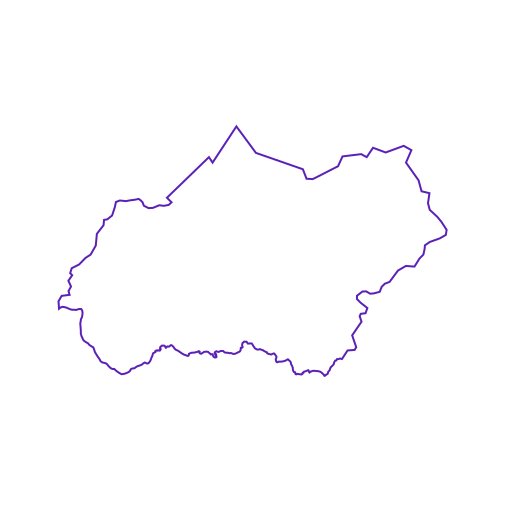 the district of Sarandí del Yí, Durazno, Uruguay, rotated 32°
{"feature_id": "84410073B30511027712587", "entity_name": "Sarandí del Yí", "entity_type": "district", "adm_level": 2, "iso_a3": "URY", "parent_name": "Uruguay", "parent_adm1": "Durazno", "projection": "mercator", "projection_center": [-55.569, -33.214], "detail": "fine", "context": "isolated", "style": "outline", "palette": "violet", "viewbox_px": 512, "rotation_deg": 32, "n_neighbors": 0, "source": "geoboundaries", "source_scale": "gbopen_adm2", "svg_char_len": 4997}
<svg xmlns="http://www.w3.org/2000/svg" viewBox="0 0 512 512"><g transform="rotate(32 256 256)"><path d="M116.9,405.1L117.5,403.3L118.7,401.7L120.6,400.9L122.6,400.2L124.5,400.0L126.8,399.6L128.6,399.0L130.5,397.8L131.9,397.2L133.0,395.9L134.3,394.5L135.9,393.6L137.4,394.3L138.7,395.6L139.9,397.8L140.9,400.3L141.0,402.3L142.0,404.4L142.7,406.3L144.2,408.3L146.2,411.0L147.3,412.6L148.6,414.7L150.6,416.5L152.2,417.5L153.7,418.6L155.4,419.1L157.5,419.2L159.7,419.0L161.5,419.7L163.2,419.8L164.8,419.8L166.4,419.7L168.1,420.9L170.1,422.7L172.0,423.7L174.0,424.7L175.8,425.5L177.8,426.3L180.0,427.6L182.1,427.7L183.9,427.1L185.3,426.6L187.2,426.7L189.2,427.5L191.1,427.9L192.7,428.1L194.4,427.8L195.6,426.9L197.1,427.2L198.3,427.4L199.8,427.6L200.7,427.6L202.8,427.6L204.6,427.5L206.4,426.1L207.8,424.4L209.3,422.3L210.0,420.5L209.9,419.1L210.0,417.8L210.9,416.8L212.4,415.6L213.2,413.5L214.0,412.1L215.4,410.5L215.7,410.1L216.6,408.9L217.3,406.8L218.0,405.4L218.9,405.1L220.1,405.1L221.3,404.4L221.8,403.0L221.9,400.8L221.6,399.1L221.2,397.5L221.1,396.0L220.3,393.2L220.4,392.7L220.7,392.3L221.0,391.9L221.6,390.7L221.5,390.4L221.3,390.4L221.1,390.2L221.1,389.6L221.4,389.4L222.0,388.5L222.7,388.4L223.0,387.8L223.6,387.7L224.0,387.6L224.6,387.1L224.7,386.7L224.6,386.2L224.5,385.4L224.2,385.2L224.0,385.3L223.7,385.4L223.3,384.6L223.1,383.6L223.6,382.6L223.6,382.0L224.0,381.7L225.5,380.7L226.8,380.8L227.3,381.2L227.9,381.5L228.2,381.6L228.4,381.4L228.4,380.7L228.5,380.2L228.7,379.7L229.3,379.5L230.1,379.1L230.6,378.0L231.0,376.8L231.7,376.4L232.8,376.5L234.3,376.9L236.0,377.7L237.8,378.0L239.6,377.7L241.5,377.7L243.0,377.8L245.1,377.9L247.0,377.8L249.3,377.3L251.2,376.9L251.6,376.0L251.0,374.5L251.5,373.6L252.6,372.2L255.0,370.5L257.3,368.1L257.8,367.1L258.5,366.9L259.0,367.1L259.0,367.8L259.4,368.1L260.5,368.3L261.3,367.9L262.0,366.6L262.8,364.8L264.3,363.6L266.0,362.7L268.5,363.1L269.9,363.4L270.6,362.5L271.6,362.6L272.3,363.3L273.3,363.9L274.5,364.0L275.6,363.4L276.0,362.7L275.7,362.2L274.9,362.0L274.6,361.8L274.6,361.5L274.8,361.1L274.6,360.9L274.1,360.6L273.8,360.3L273.5,360.3L273.2,360.8L273.1,360.7L272.6,360.6L272.3,360.2L272.2,359.1L272.5,358.4L272.8,357.8L273.6,357.7L275.1,357.2L276.1,355.7L277.2,354.7L278.5,354.0L280.4,354.4L282.1,353.8L283.3,353.0L285.0,352.5L286.1,351.6L287.5,351.3L288.9,351.0L290.4,349.6L291.6,347.6L292.8,345.7L292.9,344.9L292.8,343.9L292.5,343.3L291.9,342.2L291.8,341.9L292.0,341.8L292.5,341.5L293.0,340.6L292.8,340.1L291.9,339.6L291.2,338.5L290.7,337.0L291.0,336.3L291.2,335.1L291.6,334.7L292.1,334.5L293.2,334.0L293.3,333.8L293.9,333.9L294.3,334.1L295.0,334.3L295.4,334.6L296.0,334.3L297.2,333.4L298.0,332.8L298.7,332.5L299.7,332.8L301.3,333.7L302.7,334.2L304.0,334.9L304.6,334.9L306.5,334.7L307.5,334.2L308.7,332.9L309.9,332.7L311.8,332.2L313.1,332.3L314.9,332.1L315.5,332.1L316.2,331.9L316.9,332.5L318.5,332.4L319.6,332.0L321.1,331.5L321.7,330.5L322.8,329.1L323.7,329.2L326.6,330.4L327.2,331.6L327.4,333.0L328.2,333.9L329.0,334.7L329.9,335.0L330.3,334.9L331.1,333.6L332.1,333.1L333.9,331.8L335.3,330.5L336.5,329.1L337.4,327.2L337.9,326.7L339.3,327.0L340.9,327.3L341.9,327.8L343.0,329.1L344.7,330.0L346.3,331.2L347.8,333.2L349.6,334.3L350.7,333.9L351.3,334.3L352.1,335.2L352.9,335.0L353.3,334.2L354.9,333.5L357.3,332.4L357.8,331.7L357.5,331.1L357.5,330.5L357.9,330.2L358.1,330.0L357.8,329.4L357.9,328.8L358.2,328.5L359.8,326.7L360.4,325.6L360.9,325.1L361.4,325.3L362.8,326.4L363.1,326.5L363.9,324.6L365.1,323.3L366.2,322.5L367.9,321.7L370.0,320.6L371.9,320.1L372.8,320.1L373.8,320.2L375.9,320.7L376.5,320.7L376.9,321.0L377.3,321.3L377.7,321.3L377.9,321.0L378.2,320.4L378.3,319.5L378.8,318.9L379.2,317.7L378.6,315.8L379.0,314.0L378.8,313.0L378.3,311.0L378.9,308.6L379.2,307.3L379.2,306.2L378.8,305.4L378.6,304.1L378.6,302.8L379.4,302.1L379.3,300.6L380.5,299.8L381.5,298.5L383.5,297.8L383.7,287.6L389.4,283.4L389.3,280.2L383.1,275.2L379.6,272.3L380.3,255.8L375.8,252.1L375.5,249.5L379.2,246.5L378.0,241.1L369.6,240.2L364.4,239.0L362.7,236.2L365.1,229.7L368.2,227.6L372.7,227.5L375.5,225.5L379.9,220.8L378.9,215.6L379.9,211.3L383.0,207.2L384.1,193.1L388.4,185.0L396.0,181.0L396.0,171.4L397.2,166.1L395.4,161.0L393.6,157.4L396.0,151.9L402.5,143.7L405.8,137.5L403.8,132.8L395.2,128.8L389.0,126.7L378.9,124.8L373.9,120.1L369.8,110.8L362.1,113.4L353.8,105.7L333.7,97.3L331.7,83.9L322.9,84.3L311.1,99.5L297.9,102.2L297.5,113.5L291.2,113.9L276.6,125.7L278.0,136.4L263.4,160.7L257.9,163.7L249.8,157.6L201.3,168.6L170.7,156.5L169.7,199.8L163.7,197.1L149.6,253.8L155.9,255.2L154.9,258.9L151.4,262.2L147.1,264.2L143.1,269.8L139.6,272.3L134.3,272.8L131.2,270.5L128.6,269.9L126.2,269.8L123.3,272.6L119.4,275.8L116.6,278.4L111.1,281.1L108.6,284.4L110.5,289.7L112.5,297.9L110.5,303.7L108.0,305.9L110.4,310.7L109.3,321.5L114.6,332.1L115.0,342.5L112.4,348.0L110.5,356.9L106.2,364.0L107.5,369.0L110.3,369.7L110.0,376.4L115.3,379.9L115.6,385.1L118.5,387.7L112.3,392.8L112.5,399.1L114.1,401.2L116.9,405.1Z" fill="none" stroke="#5b21b6" stroke-width="2"/></g></svg>